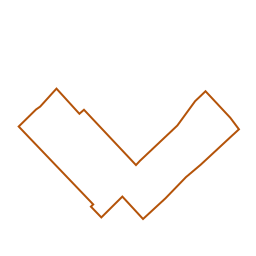 the district of Iron, Missouri, United States of America, rotated 136°
{"feature_id": "52423323B85485871485151", "entity_name": "Iron", "entity_type": "district", "adm_level": 2, "iso_a3": "USA", "parent_name": "United States of America", "parent_adm1": "Missouri", "projection": "albers", "projection_center": [-90.823, 37.505], "detail": "fine", "context": "isolated", "style": "outline", "palette": "amber", "viewbox_px": 256, "rotation_deg": 136, "n_neighbors": 0, "source": "geoboundaries", "source_scale": "gbopen_adm2", "svg_char_len": 455}
<svg xmlns="http://www.w3.org/2000/svg" viewBox="0 0 256 256"><g transform="rotate(136 128 128)"><path d="M47.3,64.4L46.7,100.6L51.5,100.6L61.0,100.7L90.8,95.5L142.2,96.1L148.0,95.8L147.0,171.7L153.1,172.0L152.1,206.0L156.9,205.7L176.3,204.4L181.3,205.2L205.6,205.0L205.7,190.2L206.1,97.2L209.3,97.2L209.3,82.2L179.7,82.6L180.4,52.1L149.8,51.4L120.4,52.4L101.3,51.1L61.3,50.3L49.1,50.0L47.3,64.4Z" fill="none" stroke="#b45309" stroke-width="2"/></g></svg>